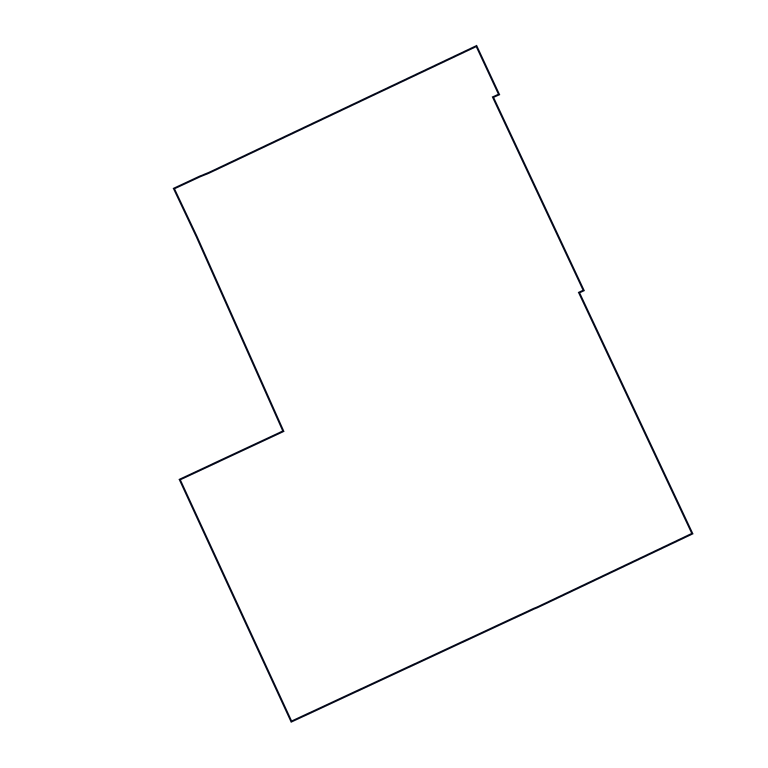 Washington, Colorado, United States of America (Natural Earth projection), rotated 335°
{"feature_id": "52423323B54769697673955", "entity_name": "Washington", "entity_type": "district", "adm_level": 2, "iso_a3": "USA", "parent_name": "United States of America", "parent_adm1": "Colorado", "projection": "natural_earth1", "projection_center": [-103.241, 40.002], "detail": "fine", "context": "isolated", "style": "outline", "palette": "ink", "viewbox_px": 768, "rotation_deg": 335, "n_neighbors": 0, "source": "geoboundaries", "source_scale": "gbopen_adm2", "svg_char_len": 370}
<svg xmlns="http://www.w3.org/2000/svg" viewBox="0 0 768 768"><g transform="rotate(335 384 384)"><path d="M157.8,544.4L157.4,650.8L424.6,651.0L428.1,651.2L600.2,649.9L599.4,383.6L604.5,383.6L604.0,170.1L610.6,170.2L610.6,116.8L314.4,118.6L304.7,118.1L276.2,118.1L276.5,171.0L272.8,384.2L158.5,384.3L157.8,544.4Z" fill="none" stroke="#020617" stroke-width="2"/></g></svg>